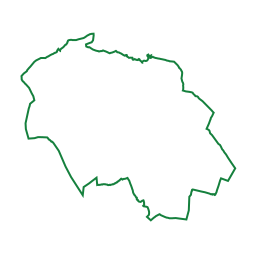 outline of Bø nor, Telemark, Norway, rotated 263°
{"feature_id": "86288312B18605763304298", "entity_name": "Bø nor", "entity_type": "district", "adm_level": 2, "iso_a3": "NOR", "parent_name": "Norway", "parent_adm1": "Telemark", "projection": "mercator", "projection_center": [8.999, 59.44], "detail": "fine", "context": "isolated", "style": "outline", "palette": "green", "viewbox_px": 256, "rotation_deg": 263, "n_neighbors": 0, "source": "geoboundaries", "source_scale": "gbopen_adm2", "svg_char_len": 5656}
<svg xmlns="http://www.w3.org/2000/svg" viewBox="0 0 256 256"><g transform="rotate(263 128 128)"><path d="M222.3,79.5L221.9,79.0L221.1,78.7L220.5,78.2L220.0,78.2L219.5,77.8L218.9,77.2L218.4,76.9L218.3,76.3L217.8,75.4L217.4,75.1L216.4,74.0L215.6,72.8L214.9,71.4L214.1,70.5L214.1,70.2L213.0,70.0L213.3,69.6L215.0,68.5L213.7,67.3L213.2,67.1L212.8,66.8L212.4,66.8L212.0,66.4L211.8,65.9L211.5,65.0L211.6,64.7L211.2,63.7L210.8,63.0L210.6,62.4L210.3,61.0L210.1,60.6L209.9,60.0L208.7,57.4L208.6,56.7L207.5,54.5L208.1,50.3L208.1,50.0L207.6,48.8L206.3,45.1L205.1,43.1L200.5,38.2L199.9,37.4L197.7,35.0L196.7,34.5L194.8,31.2L192.5,28.6L191.2,28.6L189.3,28.4L188.7,28.5L188.0,29.0L187.4,29.1L186.0,30.4L184.6,31.2L183.9,31.9L179.9,34.7L177.0,35.7L174.3,36.6L171.1,37.9L166.9,38.4L164.0,33.8L161.5,32.9L159.5,31.9L145.2,26.9L139.4,26.5L129.6,28.0L129.3,34.0L129.9,37.5L129.4,41.3L128.5,46.6L128.3,46.7L128.2,46.8L128.0,47.1L127.5,47.3L127.0,47.7L126.7,47.9L126.4,47.9L126.2,48.2L125.9,48.4L125.6,48.9L125.4,49.2L125.0,49.4L124.6,49.8L124.1,50.0L124.0,50.3L123.8,50.4L123.7,51.0L123.3,51.3L123.1,51.3L122.8,51.8L122.5,52.0L113.8,56.5L97.4,61.3L86.3,65.5L66.8,74.9L74.8,76.8L77.8,82.7L79.9,86.2L82.5,90.7L75.2,90.5L75.3,91.0L75.2,91.5L75.2,91.8L75.0,92.1L75.0,92.7L75.1,93.2L75.0,94.1L75.2,94.6L75.2,94.9L75.2,95.2L75.1,95.3L75.0,95.8L75.2,96.2L75.2,97.3L75.0,97.9L75.0,98.4L74.6,99.3L74.4,100.3L74.3,100.6L74.1,100.7L73.7,101.3L73.8,102.0L73.7,102.5L73.9,103.0L73.8,103.3L73.6,103.5L73.7,103.8L73.8,104.2L73.8,104.5L73.8,104.9L73.9,105.4L73.9,105.7L74.1,106.1L73.9,106.5L74.1,107.2L74.4,107.6L74.4,108.1L74.9,108.6L75.0,109.1L75.0,109.5L75.3,109.9L75.4,110.5L75.7,110.6L75.9,110.9L76.0,111.0L75.9,111.2L76.8,112.7L76.9,113.1L77.1,113.2L77.3,113.3L77.6,113.7L77.7,114.2L77.8,114.3L78.3,114.7L78.5,115.0L78.5,115.3L78.3,115.5L77.5,116.3L77.9,117.1L78.0,117.4L77.9,117.9L78.0,119.4L78.5,121.4L77.7,121.7L75.6,122.8L72.3,123.5L70.6,124.0L67.4,124.7L66.6,124.8L65.7,125.1L63.5,125.2L62.1,125.6L61.2,126.1L60.9,126.1L60.1,126.8L59.1,127.2L57.8,127.8L57.8,128.2L57.6,128.3L56.2,128.0L55.8,128.1L55.7,128.3L55.6,128.8L55.2,129.1L54.6,129.1L54.2,129.4L53.7,129.8L53.6,130.1L53.4,130.8L53.2,131.0L53.1,131.5L53.4,132.2L54.1,133.3L54.3,134.5L53.6,134.7L52.6,134.8L52.1,134.8L51.6,134.9L51.0,134.7L49.9,134.7L48.9,133.6L48.4,134.0L47.6,136.7L47.1,137.7L45.5,138.2L43.3,138.6L42.0,138.7L40.6,138.5L39.4,138.2L39.2,138.1L37.5,136.0L33.6,139.4L35.9,142.8L36.1,143.3L37.2,145.1L38.6,148.8L38.5,149.0L38.2,149.1L38.0,149.4L37.4,150.1L35.5,153.3L35.3,153.6L34.3,155.5L34.1,156.5L33.3,158.3L33.0,161.0L33.0,161.6L32.8,164.4L31.8,168.2L31.4,169.8L30.1,174.8L38.8,178.3L52.3,180.5L54.0,182.3L56.7,183.1L57.8,183.6L57.9,183.9L58.9,184.1L59.1,184.7L58.9,185.3L55.9,193.4L54.9,196.4L53.0,200.8L52.1,202.3L52.2,202.5L52.1,203.2L52.1,203.3L51.7,203.6L52.0,204.1L51.9,204.6L51.9,205.3L51.7,205.4L51.3,205.4L51.1,205.6L51.5,206.1L51.5,206.5L51.4,206.6L53.7,208.1L55.1,208.6L59.8,210.9L64.6,213.0L66.7,214.2L63.3,220.8L74.9,229.5L80.6,226.5L86.2,223.7L89.8,222.1L92.2,220.6L93.5,220.1L94.6,219.5L95.3,218.9L98.4,217.9L100.0,217.2L101.2,215.8L110.8,210.5L112.7,208.9L115.4,208.5L116.4,207.8L117.6,205.9L122.4,208.8L126.5,210.9L126.7,211.1L127.5,211.3L128.0,211.6L129.7,213.0L132.8,214.9L133.8,214.1L135.2,213.2L145.6,205.2L148.1,202.6L149.0,201.8L149.6,201.6L150.4,201.2L151.0,200.5L151.1,200.1L151.4,198.8L151.6,198.7L152.0,198.6L153.8,197.1L155.2,196.4L155.7,195.4L156.4,193.3L157.3,189.8L157.4,189.6L158.5,187.1L158.8,187.3L160.3,187.6L161.4,187.8L163.7,187.9L164.4,188.2L165.3,188.2L166.3,188.0L167.2,187.6L168.9,187.3L169.5,187.3L170.6,187.1L174.1,188.1L176.0,188.5L176.9,188.5L177.8,188.3L178.2,188.0L179.5,187.6L181.4,186.3L181.7,185.9L182.2,185.9L182.6,185.8L184.4,184.8L188.2,181.8L188.8,179.2L189.0,178.3L189.0,177.8L189.6,176.7L190.0,175.5L190.2,174.8L191.0,173.4L191.4,172.2L192.1,170.2L192.5,168.9L193.0,167.6L193.3,166.4L193.4,166.1L194.0,164.5L194.0,164.4L194.1,164.0L194.5,163.1L194.8,162.7L195.1,161.8L195.6,161.4L195.6,161.0L195.7,160.9L195.1,159.8L194.9,159.5L194.8,158.8L194.9,158.6L195.6,158.9L197.1,159.5L196.8,158.6L196.8,158.4L196.8,158.2L197.1,157.8L197.3,157.6L198.4,157.1L198.2,156.6L198.1,156.2L197.8,156.0L197.2,156.0L196.1,156.6L195.0,156.8L194.3,156.5L193.1,155.7L192.9,155.5L192.5,154.9L192.3,153.8L192.7,152.8L192.7,152.7L192.8,152.4L192.9,152.1L192.8,151.8L192.4,150.9L192.1,150.3L192.0,150.2L191.2,150.1L191.3,149.9L191.6,149.7L192.1,149.6L192.4,149.4L193.8,148.0L194.5,147.9L195.0,147.5L195.1,147.3L194.7,147.0L194.7,146.9L194.8,146.6L194.3,146.3L194.2,146.1L194.3,145.7L194.4,145.1L194.9,144.3L195.0,143.7L195.4,143.3L195.6,143.1L195.5,142.9L195.4,142.8L195.2,141.9L195.1,141.6L195.2,141.2L195.7,140.9L196.5,141.1L197.2,140.9L197.5,139.0L197.5,138.2L197.6,137.4L198.1,137.0L198.8,136.1L199.0,135.9L199.3,135.5L199.5,135.5L200.2,135.8L200.3,135.8L200.6,135.6L200.7,135.2L200.6,134.6L200.4,134.0L200.2,133.7L200.3,133.6L200.6,133.1L200.7,132.7L202.8,130.2L203.4,129.1L204.1,128.2L204.5,126.6L205.6,125.8L206.0,125.4L205.5,124.1L204.8,121.4L204.7,120.0L204.4,119.0L204.9,118.1L205.9,116.6L207.0,114.7L207.2,114.1L207.4,113.7L207.9,113.0L208.0,112.6L207.9,112.2L207.5,111.5L207.6,111.0L207.6,110.8L207.7,110.5L207.5,109.0L207.5,108.5L207.8,108.3L208.0,107.5L208.7,105.6L210.2,102.7L211.7,100.9L212.7,99.8L213.0,99.2L213.0,98.8L212.9,98.6L212.9,98.4L213.1,98.0L213.5,97.3L214.0,96.5L216.1,96.5L217.1,100.3L217.5,102.4L219.3,104.0L224.1,105.2L225.8,105.3L225.9,103.4L225.7,101.4L225.0,99.9L224.9,99.2L224.1,97.8L223.3,96.3L222.7,94.9L222.1,89.8L221.6,87.2L222.1,83.4L222.3,83.0L222.5,81.5L222.4,80.3L222.3,79.5Z" fill="none" stroke="#15803d" stroke-width="2"/></g></svg>